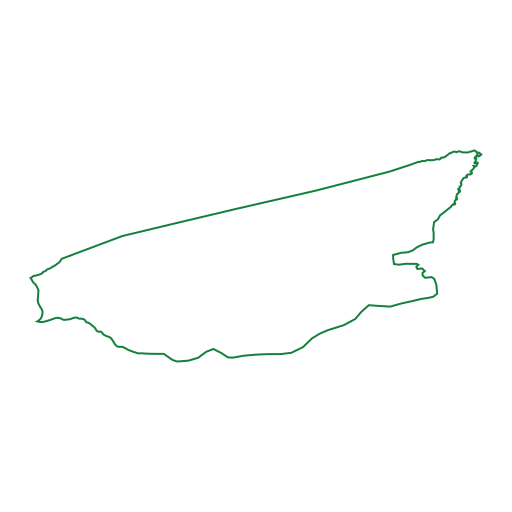 Des Barras/Cacolie, Dauphin, Saint Lucia
{"feature_id": "8701671B32853593869516", "entity_name": "Des Barras/Cacolie", "entity_type": "district", "adm_level": 2, "iso_a3": "LCA", "parent_name": "Saint Lucia", "parent_adm1": "Dauphin", "projection": "mercator", "projection_center": [-60.901, 14.018], "detail": "fine", "context": "isolated", "style": "outline", "palette": "green", "viewbox_px": 512, "rotation_deg": 0, "n_neighbors": 0, "source": "geoboundaries", "source_scale": "gbopen_adm2", "svg_char_len": 5946}
<svg xmlns="http://www.w3.org/2000/svg" viewBox="0 0 512 512"><path d="M37.3,321.4L39.7,321.9L41.8,322.0L43.3,321.9L45.3,321.4L46.0,321.3L47.6,320.8L48.6,320.4L49.3,320.3L52.3,319.2L53.6,318.7L54.9,318.3L55.2,318.2L56.0,317.9L57.0,317.9L58.5,317.9L59.8,318.2L61.2,318.6L62.2,319.2L62.9,319.6L63.6,319.8L64.2,319.9L65.4,319.8L67.6,319.5L68.6,319.4L69.1,319.4L70.9,318.9L73.2,318.0L74.5,317.6L75.6,317.6L76.5,317.6L77.2,317.7L77.6,317.9L78.2,318.3L78.8,318.6L79.6,318.7L80.3,318.7L81.0,318.7L82.0,318.8L82.8,318.9L83.3,319.1L83.8,319.3L84.1,319.4L84.5,319.7L84.9,320.2L85.4,320.8L86.1,322.0L86.8,322.4L87.1,322.4L87.9,322.6L88.5,322.9L89.2,323.0L89.9,323.7L90.4,324.1L91.5,324.9L92.7,326.0L93.6,326.6L94.5,327.5L95.0,328.1L95.4,328.7L95.5,328.9L96.6,330.7L97.5,331.3L97.8,331.5L98.3,331.6L99.3,331.8L99.7,331.7L100.6,331.6L101.2,331.8L101.8,332.6L102.6,333.3L102.8,333.7L103.4,334.4L104.0,334.9L105.1,335.4L107.3,336.5L107.7,336.5L108.3,336.6L109.0,336.9L110.1,337.6L110.8,338.0L111.1,338.3L112.0,339.5L113.2,341.4L114.2,343.0L114.8,344.0L115.5,345.0L116.3,345.7L117.0,346.3L117.5,346.5L117.9,346.7L119.5,346.8L120.5,346.9L121.7,346.8L122.5,346.9L123.7,347.4L124.4,347.7L127.6,349.5L129.1,350.3L130.3,350.7L131.6,351.1L132.6,351.6L133.6,352.0L135.4,352.4L136.7,353.0L137.8,353.3L139.2,353.4L141.2,353.3L142.6,353.3L144.2,353.5L145.9,353.6L146.6,353.7L147.5,353.7L149.0,353.7L149.6,353.8L163.8,353.9L172.6,360.0L177.1,361.5L177.3,361.5L188.2,360.7L198.1,357.8L206.4,351.7L213.4,349.0L221.3,353.0L228.0,357.4L231.5,357.6L233.7,357.5L243.6,355.7L256.6,354.6L267.9,354.1L280.3,354.1L282.3,353.9L291.3,352.8L303.0,347.1L312.1,338.3L319.9,333.6L327.2,330.4L343.7,325.2L355.1,319.1L361.5,311.7L368.8,305.2L378.1,305.9L390.3,306.6L401.2,303.5L412.7,301.0L421.2,298.9L427.2,298.1L433.2,296.8L437.2,293.6L436.9,290.7L436.3,284.6L434.3,278.9L431.6,277.1L425.2,277.8L422.7,275.6L422.5,272.9L424.8,271.1L422.2,268.5L417.3,268.9L416.3,266.7L418.3,264.8L416.8,263.9L405.6,263.8L398.8,264.7L394.0,264.0L393.2,258.4L393.1,255.0L397.8,253.7L401.2,252.8L408.1,252.2L412.7,250.4L416.9,247.3L421.9,244.8L426.0,243.6L429.9,242.5L433.0,242.3L433.7,238.9L433.6,236.7L433.7,233.1L433.1,229.4L433.3,227.6L434.2,222.0L436.5,220.3L437.8,219.4L439.2,217.0L440.2,215.1L440.7,214.9L450.7,207.0L451.5,205.7L452.4,205.1L453.1,204.8L453.1,204.3L453.4,204.1L453.8,204.4L454.0,204.4L454.8,204.4L455.2,203.9L455.1,203.1L454.8,202.7L454.6,202.3L454.6,201.4L454.9,200.8L455.4,200.1L456.1,199.7L456.8,199.6L457.2,198.8L457.1,198.3L456.5,198.0L456.0,197.7L456.1,197.4L456.6,196.5L456.6,195.3L456.8,194.8L457.2,194.0L457.5,193.8L458.2,193.5L458.3,193.1L458.4,192.6L458.9,192.3L459.3,192.2L459.6,192.0L459.7,191.5L460.1,190.9L460.1,190.7L458.8,190.7L458.8,190.1L458.4,189.7L458.6,189.3L458.4,189.0L459.0,188.8L459.5,188.4L459.5,187.6L459.3,187.4L458.7,187.3L459.1,187.2L459.9,186.9L460.3,186.7L460.4,186.0L461.2,185.3L461.4,185.0L461.4,184.3L461.3,183.5L460.8,183.0L460.7,182.8L461.5,181.3L461.9,180.3L462.7,179.5L463.1,178.6L463.6,178.1L464.6,177.7L465.3,177.5L466.2,177.5L466.9,177.2L467.1,176.8L467.0,176.2L466.3,176.1L466.4,175.6L466.8,175.2L467.6,174.7L468.4,174.4L469.5,174.4L470.0,174.5L470.1,174.3L470.5,174.0L470.8,174.1L471.2,173.9L471.7,173.6L471.9,173.2L471.8,172.5L471.3,171.8L470.8,171.6L471.3,171.2L471.7,170.7L471.5,170.4L472.1,170.0L472.9,169.3L473.8,168.1L474.1,167.7L474.0,166.6L473.6,165.9L473.9,165.9L474.1,166.0L474.3,166.4L474.6,166.6L475.2,166.6L475.7,166.3L476.6,165.8L476.7,164.5L476.8,164.3L477.8,163.4L477.7,162.7L477.4,162.6L477.0,162.6L476.4,162.7L475.9,163.1L474.9,163.3L474.5,163.2L474.4,162.9L474.6,162.3L475.6,162.0L475.8,160.6L475.4,159.8L475.6,159.4L476.3,158.8L476.1,158.4L475.8,158.4L474.9,158.3L474.6,157.9L475.0,157.2L476.2,156.5L476.3,155.7L476.7,155.3L477.3,155.1L477.5,154.7L478.1,155.7L478.2,156.4L478.5,156.5L478.8,156.4L481.0,154.9L481.3,154.4L479.9,153.5L479.5,152.9L478.7,152.6L478.0,152.8L477.3,153.1L476.8,152.8L476.7,151.8L475.4,151.2L474.8,150.5L474.0,150.5L471.0,151.6L469.8,151.7L468.0,152.5L466.4,152.4L463.6,152.4L463.0,152.4L462.3,152.3L461.3,151.8L459.8,151.5L459.1,151.3L458.6,151.3L458.0,151.5L457.8,151.6L457.3,151.9L456.4,152.2L455.5,151.8L454.6,151.6L453.1,151.9L451.9,152.4L450.9,153.1L450.4,153.2L449.9,153.1L449.3,153.5L448.9,153.9L448.3,154.4L447.4,155.1L446.9,155.4L445.7,156.4L445.4,156.7L444.9,157.0L444.5,157.1L443.4,157.4L442.8,157.7L441.9,157.6L441.4,157.6L441.0,157.8L440.7,158.1L440.5,158.6L440.1,159.1L439.8,159.3L439.1,159.4L437.9,159.3L437.5,159.3L437.2,159.1L436.6,159.1L435.9,159.4L435.3,159.6L434.4,159.9L433.8,160.0L433.1,160.1L432.8,160.1L432.3,160.2L431.2,160.1L430.7,160.2L429.9,160.3L429.6,160.4L429.4,160.3L428.6,160.0L427.5,160.1L427.1,160.3L426.2,160.5L424.8,161.1L424.4,161.1L424.0,161.1L423.0,160.9L422.5,161.0L421.3,161.2L420.8,161.5L419.9,161.9L419.2,162.0L418.9,162.0L418.5,161.8L410.0,164.9L389.5,171.6L316.3,190.5L234.4,209.3L168.7,224.9L122.4,236.0L61.7,258.8L61.2,259.4L60.6,260.5L60.2,261.1L59.9,261.6L59.4,262.1L59.0,262.5L58.5,262.9L57.9,263.3L56.8,264.1L56.2,264.6L55.6,265.0L55.1,265.4L54.5,265.8L54.0,266.1L53.3,266.4L52.7,266.6L51.6,267.4L50.4,268.2L49.2,268.7L48.0,269.1L47.4,269.3L46.9,269.7L46.4,270.2L45.9,270.6L45.5,271.0L44.9,271.3L44.3,271.5L43.6,271.8L42.9,272.2L42.4,272.7L42.1,273.2L41.6,273.7L40.4,274.2L39.0,274.7L37.6,275.1L36.4,275.4L35.8,275.6L34.4,275.8L33.8,275.9L33.2,276.2L32.6,276.6L32.2,276.9L31.0,278.1L30.7,278.1L32.7,281.5L33.4,282.6L33.6,282.9L33.9,283.2L34.4,283.5L34.9,283.9L35.4,284.4L36.0,285.2L36.4,286.0L36.8,286.5L38.5,290.4L38.5,290.6L38.4,291.1L38.3,292.0L38.0,297.6L37.8,298.6L37.8,301.0L37.8,301.3L37.9,301.7L38.0,302.2L38.4,303.3L38.5,303.7L39.3,305.2L39.9,306.4L40.4,307.3L41.2,308.4L41.8,309.5L42.2,310.3L42.4,311.1L42.5,312.3L42.5,312.9L42.5,313.2L42.2,315.1L41.8,316.3L41.6,316.9L41.4,317.2L41.1,317.8L40.6,318.7L40.4,318.9L40.2,319.1L39.5,319.8L39.1,320.2L38.8,320.4L38.0,320.9L37.3,321.4Z" fill="none" stroke="#15803d" stroke-width="2"/></svg>